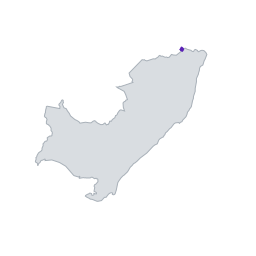 Yunguyo, Puno, Peru (highlighted), rotated 251°
{"feature_id": "86281439B12853794750589", "entity_name": "Yunguyo", "entity_type": "district", "adm_level": 2, "iso_a3": "PER", "parent_name": "Peru", "parent_adm1": "Puno", "projection": "robinson", "projection_center": [-69.037, -16.305], "detail": "fine", "context": "in_parent", "style": "filled", "palette": "violet", "viewbox_px": 256, "rotation_deg": 251, "n_neighbors": 0, "source": "geoboundaries", "source_scale": "gbopen_adm2", "svg_char_len": 4386}
<svg xmlns="http://www.w3.org/2000/svg" viewBox="0 0 256 256"><g transform="rotate(251 128 128)"><path d="M175.9,74.7L175.8,75.4L175.1,75.7L174.3,75.2L173.3,75.4L171.7,73.7L168.0,74.0L166.3,75.9L163.8,76.3L161.1,77.2L158.1,77.6L153.2,80.6L152.1,81.8L150.0,83.6L148.2,84.2L147.3,89.7L145.6,92.9L144.9,94.7L145.8,97.3L145.8,98.7L144.9,99.7L144.1,99.8L142.4,101.0L140.0,103.4L139.5,105.3L140.3,107.7L140.1,108.0L138.0,108.5L138.1,109.9L137.7,110.4L139.4,112.3L140.3,112.8L140.4,113.3L140.2,113.8L139.8,114.0L139.8,114.5L141.1,115.9L142.0,118.9L143.8,120.3L143.8,121.3L144.3,122.2L145.3,122.9L147.4,125.8L147.5,127.2L145.2,130.3L149.0,130.3L153.1,131.4L153.7,131.9L154.2,133.3L154.2,134.2L155.0,135.0L155.0,136.7L160.4,136.7L163.9,136.3L169.6,131.1L170.5,130.6L170.0,131.8L169.9,132.6L170.2,133.5L169.6,134.8L169.5,147.5L170.6,146.9L171.9,148.1L172.9,148.1L176.0,146.7L179.6,146.9L188.0,163.6L187.3,164.7L187.3,165.6L186.3,166.3L185.3,167.7L185.2,174.3L184.4,176.3L184.8,177.3L185.3,179.5L186.1,180.7L186.3,181.5L186.2,181.8L185.0,182.6L184.9,183.8L182.8,186.1L182.5,187.7L181.7,188.3L181.5,190.1L183.4,193.0L182.2,194.8L181.1,197.4L183.0,202.8L183.8,203.6L184.6,203.6L185.9,204.0L186.5,204.9L185.0,205.9L184.7,206.3L184.9,208.1L183.2,209.5L180.9,212.9L180.3,213.1L179.2,214.1L179.0,214.7L179.2,215.2L180.2,216.2L180.3,217.4L178.6,219.0L177.5,219.1L177.1,219.6L177.5,221.7L177.5,222.6L177.2,223.7L176.4,225.0L174.0,226.2L171.8,226.5L168.0,223.3L166.9,222.0L163.2,219.3L162.6,216.5L161.3,215.2L159.0,214.1L157.2,212.7L155.9,212.0L152.5,208.8L149.5,207.8L143.7,204.5L140.7,203.4L136.7,200.3L134.6,199.4L132.9,198.0L127.7,194.9L126.8,193.9L126.0,192.4L124.9,191.5L123.6,189.4L121.7,188.2L119.8,186.5L117.5,182.1L116.4,181.1L116.3,179.2L115.6,178.2L116.7,177.6L117.4,174.5L117.0,172.9L114.3,168.8L113.8,167.1L111.9,163.9L111.2,161.9L109.6,160.6L109.0,159.3L108.1,158.8L108.0,157.4L107.4,154.6L106.6,153.2L103.5,150.5L103.2,147.7L102.5,145.7L98.2,137.6L95.7,129.9L93.6,125.6L92.7,123.1L92.6,121.8L91.1,119.5L90.2,117.4L86.8,113.4L84.7,108.9L84.4,107.6L83.1,105.1L80.8,101.9L79.7,100.6L73.1,96.7L69.9,94.3L69.5,93.0L69.7,92.3L70.4,91.6L71.3,92.1L71.9,91.9L72.3,91.0L72.3,89.7L71.8,88.0L69.6,84.7L70.1,83.2L68.0,79.3L68.5,75.6L69.0,74.6L72.2,70.9L73.0,69.2L74.4,68.2L75.8,66.7L77.5,65.5L78.0,65.9L78.5,68.0L78.5,69.3L78.9,70.8L77.8,72.2L76.5,71.9L76.0,72.2L75.8,72.9L76.0,73.9L76.3,74.3L77.3,74.4L76.0,76.4L76.1,76.8L77.0,77.1L77.9,76.6L78.8,75.5L79.3,75.3L82.6,77.2L84.1,77.0L85.2,77.9L85.4,79.3L87.0,82.1L89.4,82.8L89.8,82.6L90.4,81.5L90.9,81.4L91.0,79.8L93.1,78.2L93.4,77.1L93.1,76.3L93.2,75.6L94.4,72.0L94.8,71.6L95.1,70.4L95.6,69.7L96.3,65.6L96.9,65.7L97.5,66.6L98.1,66.4L97.8,65.5L97.9,65.1L100.2,61.9L100.9,61.2L112.1,56.7L117.7,52.0L122.6,45.6L124.2,39.0L124.7,39.5L125.7,39.3L125.4,36.7L125.6,35.4L125.5,35.1L124.0,33.5L123.4,31.8L122.0,30.8L122.1,30.4L123.5,30.8L124.8,30.6L125.9,29.5L126.7,29.6L128.6,31.1L129.9,31.2L130.4,32.3L131.7,33.1L133.6,35.3L134.4,37.8L134.4,38.2L135.2,39.5L137.0,40.2L138.9,42.0L140.7,42.5L141.6,44.2L142.1,44.7L142.4,45.6L142.1,46.7L142.4,47.3L143.7,48.3L144.9,48.3L145.2,48.8L145.9,51.5L145.4,52.8L145.6,53.6L147.2,54.3L147.6,54.8L148.9,55.0L150.6,54.4L152.8,55.2L154.5,54.9L155.3,54.7L156.1,54.1L156.7,54.1L158.4,52.4L158.9,52.3L160.8,53.0L162.3,54.2L164.2,54.0L165.0,53.2L166.4,52.8L168.9,54.3L169.4,55.0L170.1,55.1L172.8,56.6L173.2,57.1L174.7,57.7L174.9,58.2L174.9,58.7L168.6,69.8L170.5,70.7L172.3,70.1L173.3,70.9L174.0,72.7L175.4,73.9L175.9,74.7Z" fill="#d9dde1" stroke="#a8b0b8" stroke-width="1"/><path d="M184.7,205.7L184.8,205.6L184.8,205.4L184.8,205.2L184.8,204.9L184.8,204.7L184.7,204.6L184.7,204.4L184.5,204.2L184.5,204.3L184.4,204.3L184.4,204.2L184.5,204.0L184.5,203.9L184.6,204.0L184.8,204.1L185.0,204.0L185.0,203.9L185.1,204.0L185.3,204.0L185.3,203.9L185.3,203.7L185.4,203.4L185.5,203.4L185.4,203.3L185.2,203.3L185.0,203.5L184.9,203.6L184.8,203.4L184.6,203.4L184.5,203.5L184.4,203.5L184.2,203.6L184.2,203.8L183.8,203.9L183.7,204.0L183.4,204.0L183.2,204.1L183.2,204.3L183.1,204.5L183.3,204.6L183.5,204.7L183.6,204.8L183.8,205.0L183.7,205.2L183.7,205.3L183.8,205.5L183.9,205.4L183.9,205.2L184.0,205.2L184.3,205.3L184.4,205.5L184.5,205.4L184.5,205.5L184.7,205.7ZM186.8,205.0L186.8,204.7L186.3,204.2L186.1,204.1L185.8,203.7L185.8,205.6L186.8,205.0ZM185.6,203.7L185.5,203.8L185.6,203.7Z" fill="#8b5cf6" stroke="#5b21b6" stroke-width="1.5"/></g></svg>